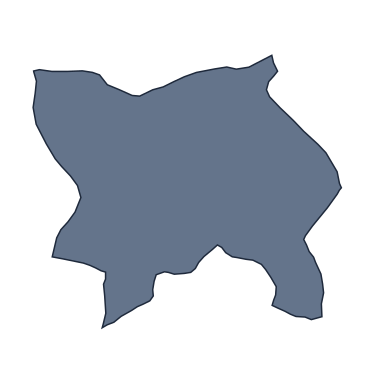 the district of Upplands Väsby, Stockholm, Sweden, rotated 351°
{"feature_id": "70781695B23311697219676", "entity_name": "Upplands Väsby", "entity_type": "district", "adm_level": 2, "iso_a3": "SWE", "parent_name": "Sweden", "parent_adm1": "Stockholm", "projection": "albers", "projection_center": [17.909, 59.524], "detail": "fine", "context": "isolated", "style": "filled", "palette": "slate", "viewbox_px": 384, "rotation_deg": 351, "n_neighbors": 0, "source": "geoboundaries", "source_scale": "gbopen_adm2", "svg_char_len": 1558}
<svg xmlns="http://www.w3.org/2000/svg" viewBox="0 0 384 384"><g transform="rotate(351 192 192)"><path d="M43.8,234.2L53.9,237.8L73.6,245.2L79.4,248.3L84.8,251.8L89.9,255.6L94.1,257.6L93.0,264.5L90.2,269.2L89.5,281.2L87.9,298.3L83.6,308.7L82.1,312.0L87.5,309.9L94.5,308.4L102.6,303.7L113.9,299.5L120.1,296.7L125.9,295.2L133.3,292.9L137.5,288.6L137.9,282.4L140.6,274.3L143.7,268.1L152.3,266.5L156.1,267.7L161.6,270.4L171.6,271.2L178.2,271.2L183.3,268.1L187.5,262.7L193.7,257.6L203.4,251.8L208.8,248.3L212.7,251.4L215.8,257.2L221.6,262.3L226.3,263.8L234.8,266.9L241.4,268.8L249.2,274.3L252.6,280.1L256.5,288.6L260.4,298.7L258.5,306.8L255.8,311.5L253.4,316.5L258.5,320.0L265.1,324.3L270.1,328.1L275.2,331.2L284.1,333.2L289.9,336.7L300.7,335.5L300.8,335.5L302.3,322.7L306.2,312.2L306.6,303.3L306.5,293.2L303.0,280.8L301.9,275.4L298.4,269.2L296.8,262.2L294.9,256.4L297.2,252.9L305.7,244.4L323.1,228.9L335.1,216.8L337.8,213.3L340.2,211.2L339.0,206.7L338.5,194.7L330.4,174.2L323.8,164.6L311.8,149.5L303.2,137.1L292.0,122.4L283.5,110.1L281.5,102.7L285.0,95.0L290.8,90.3L295.4,86.1L292.7,77.2L292.2,69.5L284.0,72.2L267.7,77.6L255.0,77.6L245.9,74.0L233.8,74.0L215.1,74.6L202.4,77.0L191.5,80.1L180.0,83.7L169.2,84.9L155.3,89.1L148.0,87.3L135.9,79.4L125.1,72.8L119.0,61.9L112.4,58.3L102.7,55.2L87.6,53.4L72.5,51.0L60.4,47.3L54.5,47.7L54.5,48.5L55.7,58.2L52.6,69.8L48.3,83.7L48.7,100.7L55.6,121.6L62.1,137.9L67.2,146.4L74.5,157.2L79.9,167.7L81.4,180.1L73.3,193.6L64.8,202.1L56.6,208.7L51.2,216.1L43.8,234.2Z" fill="#64748b" stroke="#1e293b" stroke-width="1.5"/></g></svg>